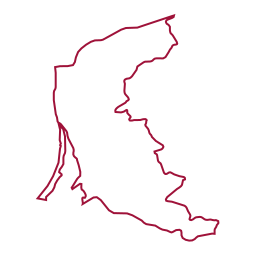 SVG path tracing the border of Klaipedos
{"feature_id": "LTU-935", "entity_name": "Klaipedos", "entity_type": "County", "adm_level": 1, "iso_a3": "LTU", "parent_name": "Lithuania", "parent_adm1": "", "projection": "robinson", "projection_center": [21.636, 55.706], "detail": "fine", "context": "isolated", "style": "outline", "palette": "rose", "viewbox_px": 256, "rotation_deg": 0, "n_neighbors": 0, "source": "natural_earth", "source_scale": "10m", "svg_char_len": 3600}
<svg xmlns="http://www.w3.org/2000/svg" viewBox="0 0 256 256"><path d="M55.1,67.1L60.0,66.2L67.7,66.1L73.0,65.1L74.9,62.0L75.9,57.4L78.1,52.0L81.4,48.4L86.1,44.7L90.9,41.8L94.9,40.4L100.9,40.2L102.9,39.7L111.5,35.0L121.1,29.7L125.9,28.0L137.4,27.6L144.2,25.3L174.0,15.4L173.6,17.0L171.9,18.0L167.2,19.8L166.3,20.6L165.9,21.8L166.2,22.8L166.8,23.8L167.9,24.4L169.0,25.4L169.9,26.8L169.9,30.3L170.2,32.0L170.7,33.3L172.2,34.7L172.9,35.6L176.7,41.8L177.2,43.5L176.9,44.2L175.8,44.6L174.5,44.7L173.3,45.1L172.4,45.8L171.6,47.6L170.8,48.7L170.1,49.4L168.6,52.2L165.5,57.1L164.4,57.7L163.1,58.4L156.7,58.3L154.9,58.6L153.8,59.3L152.5,60.6L151.4,61.2L150.0,61.5L145.0,61.7L143.6,62.3L137.4,66.5L136.5,69.9L132.0,76.3L130.6,77.6L129.4,78.3L126.4,78.8L124.8,79.7L124.3,80.8L124.3,81.7L124.6,82.7L124.9,83.8L124.4,90.5L124.5,92.1L124.9,93.6L125.6,94.6L127.9,97.2L128.4,98.1L128.8,99.3L128.3,100.2L126.4,101.3L125.9,102.2L125.3,102.8L118.4,106.8L116.6,108.3L115.8,109.3L115.4,110.1L115.3,110.9L115.5,112.0L121.0,112.4L122.3,112.1L123.9,111.6L126.4,110.0L127.1,110.2L127.3,111.0L127.2,112.1L127.4,113.1L128.9,114.8L129.9,115.7L130.5,116.4L130.6,117.1L130.2,117.8L129.5,118.6L129.2,119.4L129.7,120.4L130.8,120.6L132.3,120.5L133.9,120.1L140.2,120.0L143.2,119.2L145.4,119.1L146.3,119.6L146.7,120.2L146.3,121.1L146.2,122.0L146.1,123.0L145.8,123.8L145.3,124.7L145.5,125.7L148.1,128.9L148.5,129.8L148.8,130.5L149.4,132.9L150.0,133.9L151.1,135.0L151.5,135.8L151.9,136.9L155.9,141.0L162.8,145.3L163.4,146.8L163.0,147.7L162.3,148.7L161.3,149.4L154.5,151.5L154.8,153.1L156.7,154.3L157.1,155.2L158.0,160.7L158.7,161.9L160.6,163.4L161.2,164.7L164.0,172.8L165.3,174.0L166.7,173.9L169.0,172.5L170.2,172.3L171.4,172.8L174.2,174.4L179.5,176.2L183.7,177.0L184.5,177.5L184.9,178.0L185.0,179.4L183.0,180.2L182.0,184.8L181.0,186.2L179.2,187.6L177.0,189.0L167.2,197.1L165.9,199.3L166.2,200.7L167.8,201.2L171.9,201.7L184.5,205.7L185.7,206.6L186.5,207.6L188.1,211.3L190.1,214.6L190.4,215.6L190.3,216.4L189.5,219.1L190.1,219.9L191.3,220.1L192.9,219.4L195.2,217.7L196.2,217.3L199.6,216.9L200.9,217.0L202.2,217.6L204.6,219.3L206.0,219.8L207.5,219.9L210.2,219.5L211.4,219.7L212.5,220.0L213.6,220.2L214.8,220.3L215.9,220.1L218.2,221.1L218.4,223.0L217.9,223.8L216.8,225.1L216.3,226.7L214.8,229.1L214.6,230.2L214.6,233.8L212.2,233.6L197.9,236.3L196.2,237.6L194.7,239.1L192.2,240.4L189.2,240.6L185.7,239.8L182.7,238.0L181.5,235.3L181.5,232.5L181.1,230.7L179.5,229.8L176.1,230.1L172.7,232.0L171.5,232.4L170.2,232.0L167.0,230.5L162.4,229.6L159.8,228.4L155.3,225.6L146.2,224.1L143.9,222.7L141.7,220.5L132.4,215.3L127.1,213.4L113.8,213.1L109.0,210.3L100.8,200.1L96.8,197.2L93.5,197.5L82.7,204.0L82.9,203.2L82.3,199.4L82.3,198.2L83.1,197.5L84.1,197.8L85.0,197.7L85.8,196.0L85.6,194.6L84.7,192.7L83.6,191.0L82.7,190.2L81.7,189.5L81.3,187.7L81.4,184.0L80.0,183.8L72.4,189.1L71.7,187.8L71.7,187.5L72.0,187.3L77.1,179.0L78.2,177.7L80.2,175.9L80.3,171.9L78.7,165.2L77.1,160.2L76.9,158.9L76.4,158.3L75.1,157.3L73.9,156.0L73.3,154.4L73.4,152.4L73.7,151.1L73.7,149.8L73.3,148.1L68.4,138.7L67.5,135.8L67.1,132.6L66.3,131.0L60.9,124.2L59.6,123.2L58.4,122.6L57.6,121.5L57.0,117.4L55.8,114.2L53.8,100.1L53.8,92.8L54.1,91.0L55.4,88.7L55.7,87.1L55.7,72.9L55.1,67.1ZM46.1,200.0L37.6,198.4L47.5,186.0L53.1,176.2L58.5,162.7L60.0,148.7L60.8,145.9L60.1,145.1L60.8,143.5L59.7,140.1L60.1,129.8L59.0,125.2L63.2,129.1L65.0,136.4L65.3,150.9L65.0,153.0L63.7,155.8L63.4,157.8L63.4,164.0L61.9,166.7L59.8,169.5L59.1,172.1L61.6,174.3L61.6,175.4L59.7,177.1L57.3,180.3L55.2,184.0L54.3,187.4L52.5,190.8L46.1,197.0L46.1,200.0Z" fill="none" stroke="#9f1239" stroke-width="2"/></svg>